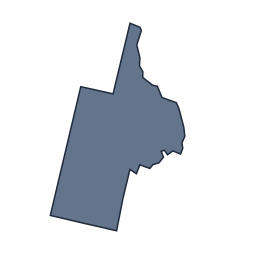 Schuyler, Illinois, United States of America, rotated 282°
{"feature_id": "52423323B64731039190901", "entity_name": "Schuyler", "entity_type": "district", "adm_level": 2, "iso_a3": "USA", "parent_name": "United States of America", "parent_adm1": "Illinois", "projection": "equal_earth", "projection_center": [-90.531, 40.132], "detail": "fine", "context": "isolated", "style": "filled", "palette": "slate", "viewbox_px": 256, "rotation_deg": 282, "n_neighbors": 0, "source": "geoboundaries", "source_scale": "gbopen_adm2", "svg_char_len": 592}
<svg xmlns="http://www.w3.org/2000/svg" viewBox="0 0 256 256"><g transform="rotate(282 128 128)"><path d="M186.2,130.8L191.1,126.3L199.0,125.1L211.1,119.3L226.1,120.8L229.0,118.8L230.9,108.2L158.3,106.3L158.6,73.2L26.3,70.2L25.6,104.7L25.1,138.2L58.9,137.7L87.9,138.5L85.0,145.7L94.4,147.2L93.0,157.8L97.6,160.1L100.1,165.3L106.8,168.8L112.1,165.3L113.8,168.3L110.0,172.1L114.9,176.6L113.4,184.8L119.6,185.8L124.6,183.9L131.7,185.3L140.4,182.4L157.7,173.7L162.8,170.0L164.9,154.9L175.0,148.0L175.0,143.0L180.5,131.9L186.2,130.8Z" fill="#64748b" stroke="#1e293b" stroke-width="1.5"/></g></svg>